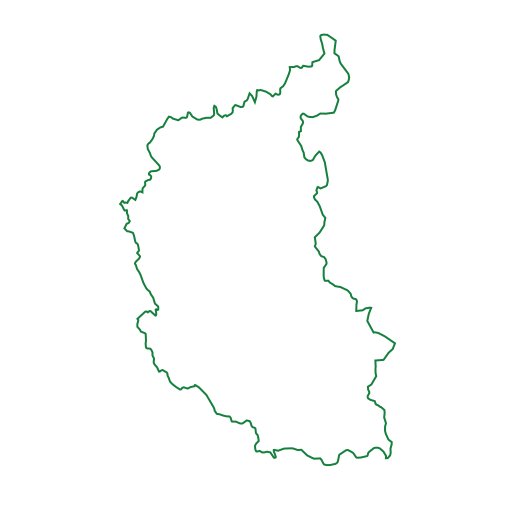 Bao Lac, Cao Bằng, Vietnam (Equal Earth projection), rotated 175°
{"feature_id": "81297802B7761745227660", "entity_name": "Bao Lac", "entity_type": "district", "adm_level": 2, "iso_a3": "VNM", "parent_name": "Vietnam", "parent_adm1": "Cao Bằng", "projection": "equal_earth", "projection_center": [105.716, 22.875], "detail": "fine", "context": "isolated", "style": "outline", "palette": "green", "viewbox_px": 512, "rotation_deg": 175, "n_neighbors": 0, "source": "geoboundaries", "source_scale": "gbopen_adm2", "svg_char_len": 6055}
<svg xmlns="http://www.w3.org/2000/svg" viewBox="0 0 512 512"><g transform="rotate(175 256 256)"><path d="M379.6,203.7L378.9,202.6L378.9,202.0L380.2,198.4L380.3,195.7L378.3,193.1L377.2,190.7L373.4,188.8L372.7,188.0L372.9,182.5L373.1,180.4L373.6,178.4L373.6,174.9L373.3,174.0L372.5,173.4L369.7,173.0L368.6,171.9L367.5,169.0L367.8,166.1L366.5,162.6L367.1,159.9L367.1,158.1L366.0,156.0L364.3,153.8L362.7,149.3L362.0,149.2L361.2,149.9L359.2,150.6L355.1,147.8L354.5,146.6L354.5,144.5L353.6,142.3L352.6,138.4L350.5,135.7L347.2,132.6L343.3,129.6L342.3,129.7L340.9,131.1L339.5,131.5L335.6,129.9L332.4,131.2L328.6,131.6L328.2,132.7L327.7,132.7L324.2,130.0L317.6,122.0L311.6,109.5L310.9,107.6L310.6,105.3L308.8,102.2L306.1,101.5L302.6,99.9L299.2,98.8L296.5,98.5L295.4,97.2L294.7,93.7L294.3,93.1L290.6,92.8L286.5,90.6L284.7,90.3L283.6,90.6L279.6,93.0L276.7,92.0L276.0,90.8L275.2,87.1L274.3,85.8L272.2,84.9L271.6,84.1L271.5,79.8L271.3,79.2L270.0,77.5L269.5,74.1L269.4,71.5L272.2,69.1L273.2,67.7L273.6,66.4L273.5,63.1L272.8,61.4L272.0,61.1L269.3,61.5L267.1,59.8L264.9,59.6L262.3,60.1L258.9,59.2L255.8,53.6L255.0,53.3L254.2,53.5L253.8,54.0L254.4,56.9L255.3,59.7L255.2,61.2L254.9,61.3L251.0,60.1L244.8,61.7L238.3,61.4L236.0,61.1L231.4,59.1L227.7,59.0L222.4,52.9L217.7,50.0L215.8,49.0L209.7,48.8L208.5,47.2L206.9,43.3L206.2,42.3L203.5,41.5L200.5,41.3L195.0,42.0L193.8,42.6L192.8,43.4L192.1,44.9L190.6,50.2L190.1,50.9L183.1,54.7L181.3,54.7L177.0,51.9L176.0,50.8L173.9,46.9L172.9,46.2L169.1,46.1L162.9,47.0L162.3,47.4L161.2,50.3L160.5,50.9L155.4,54.3L153.7,54.6L150.9,54.3L149.3,53.4L146.1,50.1L143.9,45.5L144.2,43.2L142.4,43.2L139.8,45.6L139.0,48.1L138.8,52.5L137.3,56.4L137.0,58.8L140.1,61.6L142.2,67.6L142.7,70.8L142.3,74.8L141.1,78.1L142.4,84.0L141.5,88.6L141.5,91.3L144.5,94.5L145.4,94.8L147.5,96.7L149.1,97.4L149.7,98.3L150.4,101.1L154.7,102.8L156.7,104.4L157.1,105.7L156.9,106.8L155.1,109.5L155.1,111.1L155.9,113.0L155.9,116.0L152.3,117.9L146.7,125.8L147.1,129.0L146.8,133.5L146.4,135.5L146.2,141.5L138.0,141.4L132.3,148.1L127.9,151.4L125.2,156.9L134.4,164.5L137.4,166.5L141.0,168.7L144.1,169.6L145.5,169.5L150.8,181.6L148.7,188.5L145.8,194.3L146.9,194.6L151.5,194.3L154.5,192.6L160.9,192.5L160.2,198.7L159.4,201.8L159.6,203.2L160.4,204.4L162.8,205.1L163.6,205.9L164.5,207.2L165.0,210.1L166.7,212.5L168.0,213.9L174.5,217.7L179.9,219.1L181.9,221.1L184.7,223.1L186.1,225.1L188.7,225.2L189.6,225.4L189.8,225.9L190.3,228.5L190.3,230.6L189.6,237.8L189.5,238.3L186.5,242.0L186.3,243.1L186.6,245.2L186.9,246.7L188.3,249.0L190.9,250.1L191.8,251.3L192.6,252.8L192.9,254.7L196.5,260.3L196.5,260.8L196.0,261.4L195.4,263.4L195.8,269.5L190.7,273.7L185.8,280.0L185.3,281.1L184.9,283.7L183.6,287.9L185.9,291.3L188.2,300.1L190.2,304.7L192.4,307.3L193.1,309.5L193.0,310.6L189.8,313.2L189.6,314.1L190.1,316.1L188.8,319.0L188.3,319.4L185.8,317.7L180.1,319.5L179.1,320.6L178.0,324.2L177.8,325.6L179.3,343.4L181.3,350.6L182.6,353.3L183.9,354.5L187.5,351.4L189.1,349.5L190.8,346.9L191.7,346.4L193.1,346.0L194.5,346.2L196.1,346.7L198.0,348.3L199.2,350.0L199.5,354.8L200.4,357.2L201.4,361.8L204.5,367.5L204.8,368.6L203.0,370.8L202.6,372.1L202.3,375.9L200.4,376.4L200.1,380.6L197.9,383.8L197.4,385.1L197.7,386.6L199.4,389.2L199.5,390.3L199.2,391.7L198.1,392.9L197.0,393.7L196.0,393.6L192.7,390.7L190.8,389.9L187.4,389.4L183.3,390.4L179.5,392.3L173.9,391.7L166.0,392.0L164.5,394.2L160.4,403.9L160.4,405.4L161.3,406.8L162.1,409.7L162.1,412.7L161.8,413.5L157.4,416.7L149.3,421.1L148.3,423.2L147.6,426.0L148.1,429.4L154.9,440.4L155.7,443.0L156.2,447.2L156.6,448.1L160.2,451.1L159.8,454.5L157.8,463.6L165.7,470.1L169.7,470.7L171.8,470.4L172.4,470.0L172.8,469.5L172.7,466.6L171.6,461.6L171.2,457.4L170.2,451.7L176.1,445.6L182.9,444.2L183.5,440.6L184.1,440.0L187.4,440.0L192.4,441.4L193.1,440.8L193.5,439.9L194.6,439.4L195.6,439.6L198.2,441.5L199.5,441.6L201.7,440.9L205.9,441.3L205.9,438.1L207.6,434.0L212.0,425.5L214.1,422.8L217.0,421.0L217.4,420.0L217.6,416.4L218.2,415.1L218.8,414.8L220.4,414.8L222.3,416.0L225.4,413.5L226.1,413.9L227.5,415.8L231.6,418.8L236.4,420.8L237.2,421.0L238.7,420.6L240.1,421.2L240.6,421.0L240.8,420.3L241.7,414.6L243.7,409.3L245.9,415.7L248.2,418.6L250.5,413.3L251.5,411.9L254.0,410.7L255.6,406.2L256.3,405.8L258.2,405.7L263.1,408.1L263.7,408.1L266.4,405.3L266.4,402.9L266.8,401.2L268.1,399.9L272.8,397.7L273.5,398.7L274.1,398.9L275.7,398.5L277.4,397.0L280.4,399.6L282.0,401.3L282.5,406.3L283.1,408.2L284.4,409.2L285.2,407.3L285.3,401.3L285.6,400.2L286.0,399.6L289.2,397.6L293.3,398.0L297.5,397.5L299.9,396.6L302.5,397.0L307.3,400.5L309.4,404.5L310.9,405.0L311.4,404.5L312.5,400.7L312.9,400.2L313.8,399.7L316.6,400.3L317.8,400.2L321.6,398.0L326.8,400.1L328.6,401.7L330.6,402.4L332.4,400.3L337.4,392.9L339.9,392.5L343.6,390.5L344.5,389.4L346.5,387.1L347.2,384.4L349.1,381.3L352.0,378.0L352.9,377.7L353.7,377.0L354.6,375.6L354.5,372.1L352.6,367.5L352.1,365.2L351.4,363.6L344.5,354.6L344.0,353.3L344.1,352.0L344.5,351.1L345.1,350.5L347.7,349.5L353.2,349.5L354.9,348.4L355.4,347.6L355.5,346.5L354.4,345.8L353.5,344.6L353.7,342.7L354.8,341.3L357.4,340.9L359.8,339.8L360.1,339.1L360.1,336.7L360.4,335.8L362.8,333.5L363.3,332.4L363.6,329.3L365.2,330.2L366.3,330.4L368.2,329.5L369.1,328.3L369.8,325.5L371.3,322.4L374.4,324.9L375.8,325.0L378.7,321.6L379.5,320.1L380.8,320.6L382.6,320.5L384.0,322.5L384.4,322.4L386.8,319.6L385.1,318.0L383.4,313.5L382.8,312.7L380.7,312.9L380.6,312.6L380.8,309.9L379.8,306.9L380.1,304.1L378.7,301.8L379.6,300.4L380.4,299.8L382.0,299.4L384.7,295.0L382.2,291.9L380.3,291.5L376.6,289.8L375.8,287.2L375.0,281.0L374.7,279.9L373.0,278.4L372.6,277.3L372.1,272.5L372.3,271.2L373.9,269.8L374.1,269.2L371.9,266.4L371.6,265.5L372.6,263.7L376.2,260.8L377.2,259.3L377.2,258.8L376.4,257.2L375.7,253.6L373.7,250.0L372.6,247.1L370.6,239.3L368.1,233.3L367.0,231.8L365.0,229.9L364.0,226.8L362.1,223.5L360.8,217.4L358.0,214.4L357.8,213.7L358.1,211.1L359.1,210.8L360.1,211.6L360.6,211.3L360.4,207.7L360.5,206.2L361.1,205.4L361.4,205.4L365.7,210.1L366.6,210.5L368.7,209.3L369.5,210.2L371.2,210.2L379.6,203.7Z" fill="none" stroke="#15803d" stroke-width="2"/></g></svg>